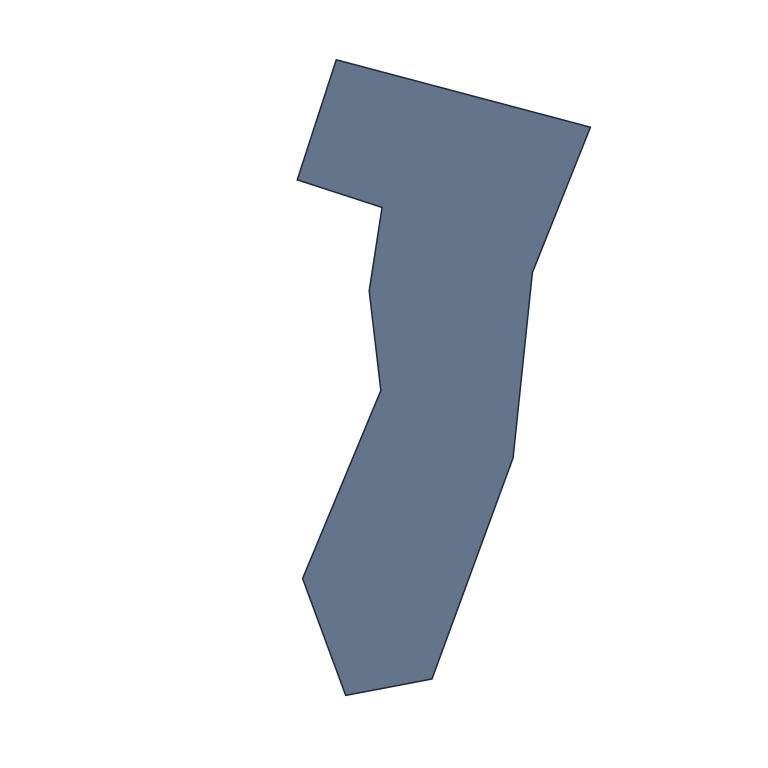 an SVG outline of Yau Tsim Mong, rotated 18°
{"feature_id": "HKG-5157", "entity_name": "Yau Tsim Mong", "entity_type": "state/province", "adm_level": 1, "iso_a3": "HKG", "parent_name": "Hong Kong S.A.R.", "parent_adm1": "", "projection": "orthographic", "projection_center": [114.17, 22.306], "detail": "fine", "context": "isolated", "style": "filled", "palette": "slate", "viewbox_px": 768, "rotation_deg": 18, "n_neighbors": 0, "source": "natural_earth", "source_scale": "10m", "svg_char_len": 312}
<svg xmlns="http://www.w3.org/2000/svg" viewBox="0 0 768 768"><g transform="rotate(18 384 384)"><path d="M520.8,649.7L443.8,692.0L366.7,594.2L383.0,391.2L341.1,299.9L327.6,216.7L238.4,216.7L238.4,90.4L501.0,76.0L490.7,232.2L529.6,414.3L520.8,649.7Z" fill="#64748b" stroke="#1e293b" stroke-width="1.5"/></g></svg>